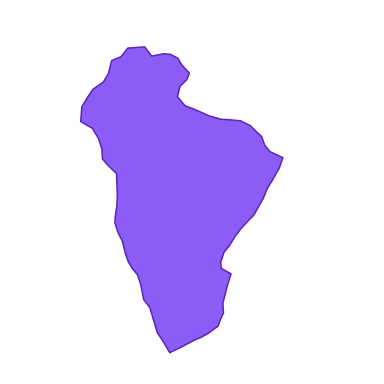 outline of Sinta, Cyprus, rotated 349°
{"feature_id": "46923920B25910914763137", "entity_name": "Sinta", "entity_type": "district", "adm_level": 2, "iso_a3": "CYP", "parent_name": "Cyprus", "parent_adm1": "", "projection": "albers", "projection_center": [33.704, 35.158], "detail": "fine", "context": "isolated", "style": "filled", "palette": "violet", "viewbox_px": 384, "rotation_deg": 349, "n_neighbors": 0, "source": "geoboundaries", "source_scale": "gbopen_adm2", "svg_char_len": 1075}
<svg xmlns="http://www.w3.org/2000/svg" viewBox="0 0 384 384"><g transform="rotate(349 192 192)"><path d="M138.3,47.6L132.4,60.0L126.0,67.1L114.3,72.3L107.8,78.8L100.1,87.3L96.2,101.6L106.5,110.7L110.4,121.7L111.7,132.8L110.4,142.5L114.9,150.3L121.4,159.4L118.2,180.3L115.6,191.3L112.3,200.4L110.4,207.6L111.7,218.0L114.3,227.1L114.9,240.1L116.2,248.6L118.8,255.7L122.7,262.9L124.0,272.6L124.0,288.2L128.5,297.3L129.8,310.4L131.1,323.4L135.6,334.4L139.5,345.5L153.8,341.6L166.7,337.7L173.2,336.4L181.0,333.8L192.0,328.6L195.9,322.1L199.8,316.9L201.1,307.1L208.8,290.8L214.7,279.8L206.2,272.6L206.9,266.1L212.1,257.0L218.5,251.8L225.7,244.0L232.8,237.5L239.9,232.3L248.3,226.4L260.6,212.1L266.5,203.0L273.6,195.2L282.0,185.5L287.8,175.7L276.2,167.2L272.3,160.1L271.0,151.0L265.8,143.8L261.9,138.0L253.5,131.5L242.5,128.2L234.7,126.3L223.1,120.4L210.1,111.3L201.7,106.1L195.9,95.7L200.4,86.0L208.2,80.8L212.1,74.9L206.2,65.2L203.6,58.0L197.2,52.8L190.7,50.9L178.4,50.9L173.2,40.5L156.4,38.5L148.0,45.7L138.3,47.6Z" fill="#8b5cf6" stroke="#5b21b6" stroke-width="1.5"/></g></svg>